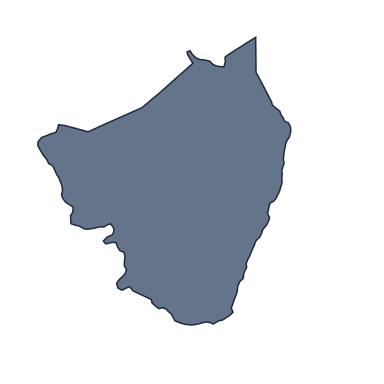 outline of Irajuba, Bahia, Brazil, rotated 65°
{"feature_id": "56859067B96887846897967", "entity_name": "Irajuba", "entity_type": "district", "adm_level": 2, "iso_a3": "BRA", "parent_name": "Brazil", "parent_adm1": "Bahia", "projection": "albers", "projection_center": [-40.04, -13.225], "detail": "fine", "context": "isolated", "style": "filled", "palette": "slate", "viewbox_px": 384, "rotation_deg": 65, "n_neighbors": 0, "source": "geoboundaries", "source_scale": "gbopen_adm2", "svg_char_len": 2254}
<svg xmlns="http://www.w3.org/2000/svg" viewBox="0 0 384 384"><g transform="rotate(65 192 192)"><path d="M292.0,182.1L287.9,179.6L285.8,177.5L283.7,174.5L279.6,173.0L276.8,170.0L274.3,166.7L270.4,162.6L266.9,158.4L264.0,155.6L262.5,153.0L261.7,149.9L259.2,146.7L255.8,143.5L253.4,138.2L250.4,134.6L247.7,132.3L243.7,132.8L240.9,130.6L237.9,128.5L235.0,125.9L234.9,122.0L233.3,118.5L230.9,115.6L228.2,112.2L225.0,109.5L221.6,106.4L217.3,104.8L214.0,102.6L211.1,101.9L207.8,99.2L205.1,96.5L200.3,95.1L195.5,92.1L191.0,88.9L187.9,86.7L185.5,84.1L183.3,80.4L180.7,78.3L178.1,76.5L174.1,75.2L170.2,75.4L167.0,78.1L162.7,78.1L159.7,78.7L155.8,78.3L150.7,80.8L147.2,82.5L143.9,81.8L120.4,82.8L116.7,83.0L110.6,83.4L100.3,78.7L78.7,68.9L79.7,77.2L80.9,86.3L82.9,101.3L83.9,105.2L88.0,106.7L92.0,110.1L90.1,113.8L88.0,116.7L85.1,119.2L81.1,120.5L78.1,124.1L75.6,128.4L72.2,131.7L67.5,133.5L63.0,134.1L63.0,137.4L66.5,137.9L71.1,137.4L75.7,136.8L89.1,181.6L91.2,190.1L92.4,194.0L94.4,201.7L93.7,240.7L93.5,260.7L78.2,278.9L74.6,284.5L77.7,286.9L80.4,290.2L79.6,295.4L79.4,300.8L79.0,305.1L81.3,310.2L84.5,312.0L87.6,312.0L91.4,311.7L96.1,311.2L101.1,309.9L105.8,309.9L108.3,307.7L111.2,307.1L115.2,307.2L119.1,307.2L122.2,306.7L126.5,306.9L130.7,307.1L135.4,308.4L139.0,311.2L142.0,311.8L145.4,311.4L148.2,310.7L151.6,308.5L155.6,306.2L159.9,308.5L162.0,312.0L165.1,313.3L169.5,315.1L173.0,311.6L175.0,308.7L177.9,306.7L180.4,304.8L182.0,301.2L183.5,295.9L184.5,290.7L186.5,286.4L185.9,282.7L186.4,279.5L189.8,278.4L192.7,278.5L195.6,280.2L197.1,282.8L197.0,288.0L199.0,293.1L202.6,292.1L203.4,288.2L204.1,285.2L205.8,282.3L210.5,282.7L214.6,282.2L217.9,279.2L222.4,280.0L226.1,282.5L230.4,284.6L234.7,284.1L237.7,287.1L239.5,291.3L240.5,294.7L242.8,298.9L247.7,299.7L251.4,296.9L251.3,288.6L256.9,287.1L272.1,274.4L275.7,275.1L280.5,273.1L283.8,271.2L284.5,267.4L287.5,264.8L290.7,263.8L293.8,262.3L297.9,262.1L301.5,261.9L304.1,259.5L306.6,257.1L309.6,253.3L312.5,248.3L313.7,244.2L314.5,240.9L315.0,237.2L315.8,234.3L317.7,231.1L320.6,228.5L320.1,221.8L321.0,218.4L320.3,214.0L319.9,210.5L318.3,205.6L313.6,205.4L310.2,201.8L307.3,199.2L304.1,195.6L301.4,193.1L297.0,190.5L293.4,186.7L292.0,182.1Z" fill="#64748b" stroke="#1e293b" stroke-width="1.5"/></g></svg>